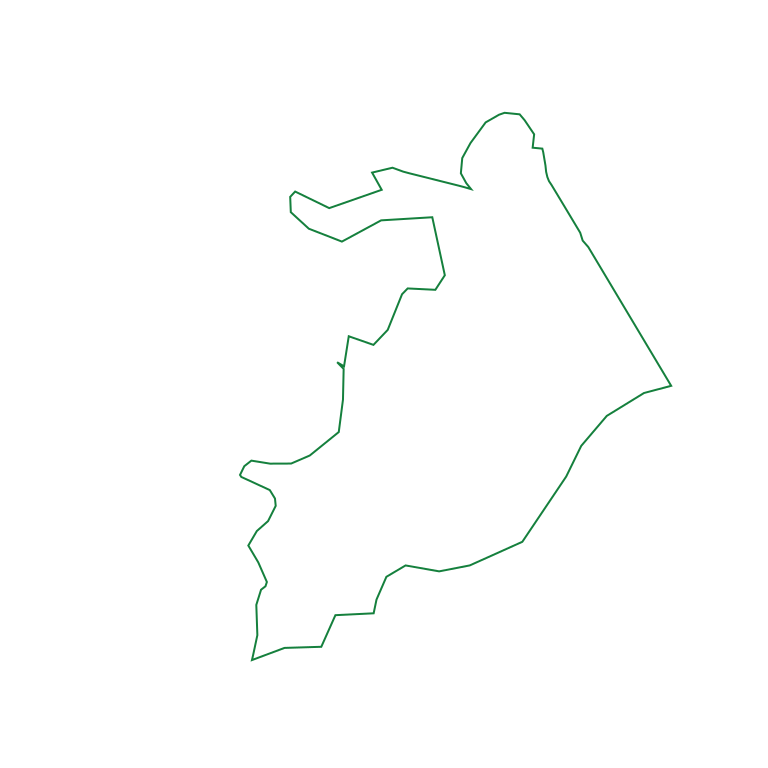 the district of Orleans, Louisiana, United States of America, rotated 145°
{"feature_id": "52423323B18472828692910", "entity_name": "Orleans", "entity_type": "district", "adm_level": 2, "iso_a3": "USA", "parent_name": "United States of America", "parent_adm1": "Louisiana", "projection": "natural_earth1", "projection_center": [-89.919, 30.033], "detail": "fine", "context": "isolated", "style": "outline", "palette": "green", "viewbox_px": 768, "rotation_deg": 145, "n_neighbors": 0, "source": "geoboundaries", "source_scale": "gbopen_adm2", "svg_char_len": 1246}
<svg xmlns="http://www.w3.org/2000/svg" viewBox="0 0 768 768"><g transform="rotate(145 384 384)"><path d="M409.9,428.7L408.4,419.5L426.6,394.7L448.6,370.6L485.8,368.0L505.7,372.1L523.0,384.1L536.6,397.3L545.6,396.8L554.1,392.1L554.2,389.7L538.4,362.6L539.0,352.7L542.6,346.3L557.6,338.2L572.5,336.5L587.8,329.5L589.3,310.0L593.5,289.0L597.1,286.3L602.7,286.0L615.3,276.3L631.8,250.9L646.5,237.2L650.5,233.6L616.9,224.9L586.1,204.7L556.4,222.5L524.0,202.1L513.8,211.7L492.6,224.7L470.4,223.0L446.3,198.9L417.8,186.2L361.2,175.4L287.8,203.7L257.9,220.2L219.8,230.1L176.2,227.5L149.8,217.8L138.1,379.0L139.0,387.5L136.5,395.4L134.4,424.9L132.6,451.1L132.5,455.5L131.5,459.8L129.5,464.8L126.4,470.4L120.6,482.6L119.3,486.0L126.7,492.3L122.3,497.3L117.8,502.4L117.5,519.4L118.2,527.1L129.7,537.0L135.3,538.6L150.7,540.0L174.9,531.8L190.3,524.2L200.2,512.5L201.4,501.4L201.1,496.7L200.9,493.7L205.4,499.3L209.2,503.8L237.8,536.8L242.4,542.1L246.5,547.0L253.0,556.3L272.5,564.0L274.5,544.4L328.0,559.5L346.4,592.6L353.5,591.1L361.8,578.2L356.5,554.3L336.8,524.8L292.5,519.7L248.8,492.9L271.8,438.2L287.9,431.7L309.8,448.7L317.7,447.2L349.9,426.2L370.2,422.1L385.5,443.3L406.6,421.4L409.9,428.7Z" fill="none" stroke="#15803d" stroke-width="2"/></g></svg>